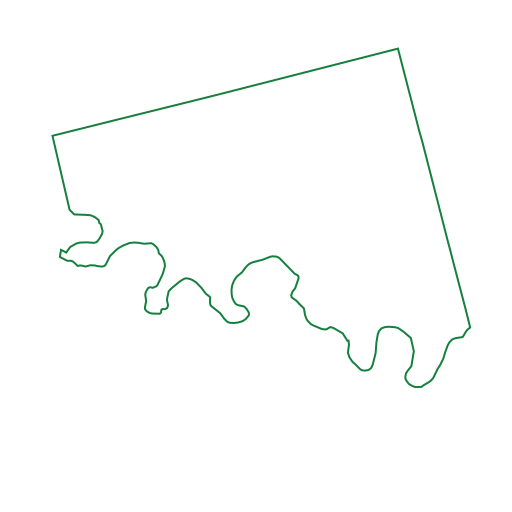 the district of Mississippi, Arkansas, United States of America, rotated 76°
{"feature_id": "52423323B91490874625057", "entity_name": "Mississippi", "entity_type": "district", "adm_level": 2, "iso_a3": "USA", "parent_name": "United States of America", "parent_adm1": "Arkansas", "projection": "mercator", "projection_center": [-89.907, 35.702], "detail": "fine", "context": "isolated", "style": "outline", "palette": "green", "viewbox_px": 512, "rotation_deg": 76, "n_neighbors": 0, "source": "geoboundaries", "source_scale": "gbopen_adm2", "svg_char_len": 3105}
<svg xmlns="http://www.w3.org/2000/svg" viewBox="0 0 512 512"><g transform="rotate(76 256 256)"><path d="M259.9,66.5L259.6,66.5L259.0,66.4L256.8,66.6L253.1,66.5L185.0,67.0L173.3,67.4L172.8,67.4L156.5,67.5L89.1,68.1L90.2,257.8L90.1,355.2L90.1,360.6L90.1,424.4L166.1,425.7L171.7,422.3L175.0,410.9L176.3,407.1L177.4,405.2L179.5,402.8L183.0,400.0L186.1,400.0L187.6,398.9L194.8,398.8L197.3,400.0L201.4,403.9L203.7,406.8L204.0,407.7L204.0,410.2L201.8,416.9L200.4,423.7L200.4,427.3L202.3,434.1L206.7,439.3L202.9,443.7L209.5,446.5L211.9,443.8L214.7,440.7L215.3,439.1L215.9,436.7L216.7,435.4L217.8,434.4L222.5,431.4L222.6,428.9L223.6,426.5L224.6,424.8L225.0,423.4L224.9,420.4L225.0,418.5L226.3,414.4L227.4,412.4L229.1,407.7L229.0,405.8L228.3,404.2L220.7,397.6L216.3,390.2L215.1,387.5L213.7,382.5L212.8,375.6L213.4,371.1L214.9,366.4L215.6,365.1L217.1,361.4L218.2,354.7L219.3,353.2L221.8,351.3L224.0,350.1L226.4,349.4L229.9,349.6L233.0,347.6L234.5,347.0L239.4,346.3L242.5,346.6L244.3,347.0L251.1,351.0L260.4,358.7L261.3,360.2L261.8,363.3L261.8,364.1L260.7,366.1L260.8,368.0L261.5,369.0L264.1,371.4L265.8,372.5L267.3,372.9L273.3,373.5L278.7,376.1L280.7,376.5L282.7,375.7L284.5,374.2L286.0,372.2L286.7,370.7L288.7,363.5L288.4,362.6L287.8,361.9L286.1,361.1L285.9,361.0L285.1,360.6L285.0,359.1L285.5,357.2L285.1,355.0L283.3,353.6L281.7,353.2L278.2,353.1L275.6,352.5L269.2,349.3L267.5,346.9L266.4,344.8L262.6,336.8L261.3,333.4L260.7,330.8L260.7,329.7L261.3,327.6L262.6,325.2L264.2,323.2L267.1,320.5L273.8,316.6L280.5,313.8L284.4,310.7L285.1,310.4L287.6,311.3L290.8,312.0L292.2,312.1L293.6,311.7L302.8,304.6L309.4,301.9L313.2,299.6L314.6,297.2L315.7,293.3L316.2,289.5L316.0,284.9L314.8,281.4L312.0,277.5L310.8,276.9L308.9,276.7L305.2,277.9L302.5,279.4L301.8,280.2L299.6,284.9L298.5,286.4L297.4,287.4L295.6,288.1L291.2,289.1L287.5,288.9L282.7,287.9L278.9,286.3L274.6,283.3L271.3,279.6L268.5,273.6L264.7,269.0L263.0,266.4L261.8,263.7L261.3,260.6L261.2,250.3L260.2,242.5L260.3,240.1L261.5,236.4L262.7,234.7L264.6,233.2L282.7,222.7L283.9,221.2L285.5,219.8L287.8,220.0L296.8,225.8L299.2,229.0L302.5,231.3L304.8,231.4L309.4,227.4L312.6,225.8L318.5,222.2L325.5,222.7L329.6,222.2L331.5,221.5L335.0,219.5L335.9,218.7L337.7,216.6L342.9,209.6L344.0,206.6L344.1,205.0L342.9,201.2L344.4,198.5L352.0,190.6L360.4,187.8L360.5,186.7L364.4,187.2L372.1,190.2L376.7,189.9L382.2,187.9L384.1,186.5L391.2,182.2L392.4,180.9L393.5,178.4L393.8,175.8L393.7,174.1L392.9,172.0L392.1,171.0L389.6,169.0L379.1,163.4L368.8,160.0L361.0,156.6L358.4,154.5L356.8,152.2L356.4,150.7L356.2,148.0L356.6,145.1L357.2,142.9L358.7,138.4L360.3,135.5L365.2,131.1L373.0,125.6L386.6,125.9L400.5,131.9L403.8,136.3L406.3,139.0L410.2,140.6L412.2,140.6L416.3,139.0L417.5,138.3L420.0,135.7L421.7,133.2L423.0,127.1L422.0,124.8L420.1,118.5L419.1,116.2L417.1,113.4L409.4,107.0L406.5,103.9L401.2,99.3L394.5,95.3L389.1,91.6L386.8,89.5L384.6,86.2L384.2,84.5L384.0,82.1L384.6,75.5L384.4,74.8L379.6,70.0L378.2,67.8L377.2,65.5L374.9,65.5L358.1,65.5L306.8,66.1L303.9,66.1L303.6,66.1L303.3,66.1L292.5,66.2L290.1,66.3L259.9,66.5Z" fill="none" stroke="#15803d" stroke-width="2"/></g></svg>